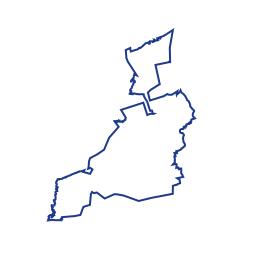 Alaquines, San Luis Potosí, Mexico, rotated 99°
{"feature_id": "50627088B47370216611789", "entity_name": "Alaquines", "entity_type": "district", "adm_level": 2, "iso_a3": "MEX", "parent_name": "Mexico", "parent_adm1": "San Luis Potosí", "projection": "orthographic", "projection_center": [-99.627, 22.081], "detail": "fine", "context": "isolated", "style": "outline", "palette": "blue", "viewbox_px": 256, "rotation_deg": 99, "n_neighbors": 0, "source": "geoboundaries", "source_scale": "gbopen_adm2", "svg_char_len": 5697}
<svg xmlns="http://www.w3.org/2000/svg" viewBox="0 0 256 256"><g transform="rotate(99 128 128)"><path d="M186.0,73.5L178.1,74.6L177.7,73.7L177.1,72.9L177.0,72.3L176.6,71.6L176.4,70.6L175.5,70.1L174.4,67.9L171.1,68.9L169.9,71.6L167.7,65.8L166.6,66.6L165.5,67.1L164.6,68.3L164.3,68.4L159.7,69.1L159.8,69.6L160.2,69.6L160.5,70.1L160.8,71.3L159.4,71.9L159.6,72.4L159.1,72.5L159.1,73.1L159.7,74.1L156.6,74.2L156.1,74.5L156.5,76.6L157.0,77.4L157.2,78.0L155.8,77.2L155.0,76.3L154.7,76.3L152.9,76.8L152.3,76.6L149.0,77.7L149.0,77.2L148.6,76.6L145.4,78.2L145.1,77.3L145.4,77.1L145.3,76.9L145.5,76.8L145.5,76.2L145.3,75.7L145.2,75.6L143.4,76.7L142.9,75.7L143.0,75.4L141.4,72.9L140.4,71.9L139.8,72.0L139.6,71.5L138.9,70.7L137.6,70.0L137.2,69.1L136.6,69.0L135.0,69.3L134.4,69.8L134.0,70.0L133.5,70.7L133.2,70.8L133.1,71.0L131.2,71.5L129.7,72.1L128.9,72.1L128.5,71.9L127.7,72.0L126.2,71.6L125.4,72.2L124.4,73.4L124.6,73.9L124.7,74.2L124.4,75.6L123.5,76.2L122.0,76.3L121.3,75.9L120.5,74.7L120.5,73.5L120.2,73.0L118.1,73.2L117.9,73.0L118.0,72.7L118.2,72.2L118.0,72.3L117.7,72.1L117.6,71.9L116.8,71.4L117.0,71.3L117.2,70.7L116.8,70.6L117.0,70.7L116.8,70.9L116.5,70.7L116.3,70.8L116.4,71.0L115.9,70.7L115.2,70.8L114.5,69.1L114.5,68.3L114.0,67.8L113.6,67.0L113.2,67.0L113.4,67.2L113.1,67.7L112.8,66.7L112.2,67.0L112.0,66.7L111.7,66.5L111.2,66.7L111.2,66.9L110.7,66.6L110.0,66.8L109.0,65.8L108.9,65.6L108.9,65.1L108.4,63.9L108.2,63.9L107.9,63.4L106.8,65.0L105.8,66.0L104.1,66.2L102.9,66.0L101.1,65.3L100.6,65.4L100.0,66.0L99.6,66.5L99.5,67.0L98.7,68.0L97.8,68.7L97.4,69.4L96.5,70.1L95.5,70.2L94.9,70.4L93.4,71.4L92.8,71.9L92.0,72.3L91.3,73.8L90.9,74.2L89.8,74.7L87.6,76.4L86.7,77.5L85.9,78.3L84.9,80.3L84.5,80.7L82.7,81.9L83.6,82.0L83.8,82.5L85.1,82.9L85.4,83.5L85.7,83.9L86.3,84.0L86.7,84.9L87.3,85.1L86.2,85.4L84.0,85.0L88.0,89.5L88.2,90.1L88.4,90.4L88.8,93.0L88.6,93.4L88.5,94.2L88.3,94.5L90.8,97.4L97.4,110.6L89.8,113.9L86.4,111.2L79.8,103.5L61.4,110.7L56.6,97.9L56.3,97.9L56.3,96.7L42.2,99.3L24.2,99.0L31.3,106.9L31.4,107.0L33.4,110.7L34.0,109.9L34.6,110.1L34.6,111.1L34.8,111.7L34.7,112.1L34.3,112.1L34.8,113.2L36.5,111.9L37.0,112.7L36.7,113.3L37.1,114.2L36.9,115.7L37.8,114.9L38.0,115.2L37.4,115.6L37.0,115.8L37.3,116.0L37.9,115.6L38.2,116.1L38.7,116.2L38.9,116.5L38.6,116.6L38.9,117.1L38.5,117.3L39.0,120.0L40.0,120.0L40.3,119.7L41.2,119.7L41.5,120.6L41.1,120.9L40.2,121.1L41.6,123.8L46.7,127.9L47.1,128.6L46.9,128.7L47.1,129.5L48.6,130.4L50.3,133.9L52.0,137.2L50.8,137.7L48.6,138.3L51.4,142.4L59.2,140.5L62.5,138.5L74.7,127.6L74.1,130.2L74.9,130.2L75.5,130.4L76.7,130.3L78.1,130.3L77.9,130.6L78.7,131.2L79.9,131.9L80.4,131.9L80.8,132.3L81.4,132.4L81.6,132.2L81.3,131.8L80.8,131.7L80.2,131.1L80.4,130.4L80.2,129.2L80.7,128.6L81.2,128.4L81.7,128.4L82.0,128.6L82.2,129.2L82.6,129.5L83.8,129.8L84.1,129.7L84.9,129.9L86.1,130.4L86.7,130.5L87.2,130.4L87.9,130.6L89.9,131.8L90.4,131.8L91.0,131.6L91.0,130.7L91.6,130.8L92.7,130.0L92.9,131.0L93.2,131.4L93.5,131.7L94.0,131.7L93.9,128.4L93.6,128.1L93.2,128.2L92.9,127.0L93.1,124.6L92.9,124.2L93.1,123.7L92.9,121.8L92.3,119.2L92.3,117.8L93.2,117.7L93.9,117.1L94.6,116.9L95.1,116.4L97.1,114.9L98.8,113.3L107.6,108.8L107.6,108.7L107.3,108.3L107.0,107.1L107.6,106.6L108.6,106.4L109.3,106.2L109.8,105.3L109.8,104.6L110.3,105.3L110.1,105.8L110.1,106.2L110.7,108.6L111.2,109.2L111.5,110.2L112.1,111.0L100.6,116.8L111.2,137.7L118.2,131.8L119.0,132.1L120.1,131.8L120.5,132.5L120.9,132.4L122.7,134.0L122.0,134.4L122.0,134.7L122.7,135.1L123.1,136.7L122.2,137.3L122.9,137.9L122.1,138.6L123.4,139.5L122.8,140.0L122.8,140.3L123.5,140.9L123.1,142.0L123.3,142.5L128.3,137.4L140.5,145.1L153.1,148.2L158.8,154.2L163.8,160.8L167.3,161.3L172.1,160.8L174.5,161.0L173.3,158.9L174.5,156.6L179.2,158.3L178.4,165.3L176.6,164.6L178.0,167.1L178.5,169.4L179.0,169.7L178.9,170.0L179.1,170.3L179.5,170.8L179.8,171.4L180.4,171.9L180.3,172.3L180.4,172.6L181.0,173.4L181.6,174.3L181.7,174.8L182.3,175.5L182.8,176.7L183.2,176.8L183.5,177.2L185.8,181.3L186.2,181.2L186.4,181.3L186.5,182.5L187.0,182.8L187.4,184.2L188.1,184.6L188.6,185.3L189.3,188.5L189.7,188.4L189.7,189.5L192.4,190.2L192.4,190.4L193.5,190.4L193.8,190.3L194.1,189.8L194.8,189.5L195.1,189.7L196.8,189.8L197.0,189.6L197.0,189.3L197.2,189.0L197.2,188.3L197.5,188.1L198.0,188.3L198.5,189.2L199.2,189.7L199.5,189.6L199.7,189.0L199.5,188.7L199.6,188.4L200.6,188.4L201.4,188.0L201.8,189.3L202.1,189.5L203.5,189.4L203.8,189.3L204.1,188.8L204.3,188.7L204.6,188.7L205.4,189.5L205.8,189.5L206.7,188.9L207.9,188.6L208.8,188.7L209.8,188.4L210.3,188.7L210.7,189.1L210.9,190.0L211.2,190.0L211.5,189.8L211.7,189.2L211.9,188.9L212.1,188.9L212.3,189.1L212.6,189.2L213.0,189.0L213.1,188.6L214.0,188.1L214.9,188.5L215.2,188.7L216.0,188.6L216.1,189.3L216.6,189.9L216.2,190.7L216.2,190.9L216.5,190.9L216.5,191.3L216.8,191.3L218.0,190.7L218.4,190.1L218.6,190.4L219.0,190.6L219.8,190.1L220.4,190.2L220.8,190.0L221.0,189.8L221.0,189.3L220.6,188.9L220.6,188.7L220.9,188.3L221.3,188.4L221.6,189.1L222.0,189.2L222.4,189.0L222.5,188.6L222.4,187.5L222.5,187.0L223.0,186.9L223.2,187.1L223.8,188.0L224.4,188.6L224.8,187.7L225.7,187.2L226.0,188.0L226.2,189.2L227.1,188.4L228.1,189.1L228.2,189.4L227.9,189.5L226.5,189.1L226.1,189.2L225.9,189.7L226.1,191.1L227.1,192.3L227.7,192.6L228.2,191.8L228.6,191.7L229.6,192.0L229.9,192.0L229.9,192.3L231.8,192.6L230.9,189.6L230.3,186.6L230.5,186.0L229.5,179.2L228.7,179.2L228.7,179.9L228.4,180.0L228.2,179.6L228.0,178.9L227.2,179.3L227.1,179.1L226.8,179.3L226.4,179.3L223.3,166.8L221.3,161.4L213.2,159.8L213.1,159.4L212.6,159.2L209.9,153.6L198.9,154.3L196.8,153.5L197.7,151.5L196.6,148.7L201.3,140.0L195.5,131.1L195.2,127.6L195.4,121.7L198.4,106.0L193.3,93.8L186.0,73.5Z" fill="none" stroke="#1e3a8a" stroke-width="2"/></g></svg>